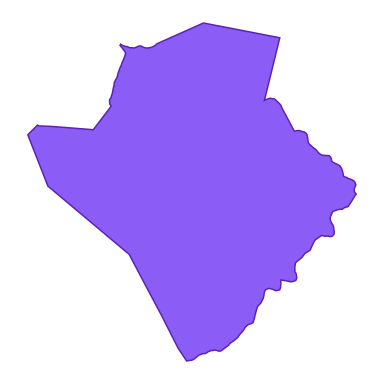 outline of San Juan Bautista Tlacoatzintepec, Oaxaca, Mexico
{"feature_id": "50627088B3977651749466", "entity_name": "San Juan Bautista Tlacoatzintepec", "entity_type": "district", "adm_level": 2, "iso_a3": "MEX", "parent_name": "Mexico", "parent_adm1": "Oaxaca", "projection": "natural_earth1", "projection_center": [-96.578, 17.87], "detail": "fine", "context": "isolated", "style": "filled", "palette": "violet", "viewbox_px": 384, "rotation_deg": 0, "n_neighbors": 0, "source": "geoboundaries", "source_scale": "gbopen_adm2", "svg_char_len": 2871}
<svg xmlns="http://www.w3.org/2000/svg" viewBox="0 0 384 384"><path d="M253.2,322.6L253.6,320.8L254.3,318.5L255.1,315.2L255.6,313.4L256.1,311.2L257.1,308.0L257.7,306.3L261.2,302.6L262.3,300.2L263.2,298.4L263.8,296.1L264.3,292.5L265.3,290.0L268.4,288.4L270.3,288.7L272.6,289.3L275.9,290.7L279.7,289.9L280.5,287.8L280.9,283.0L280.6,280.0L281.8,280.1L287.2,281.0L290.2,281.8L292.5,281.6L295.8,280.5L296.8,278.0L296.4,275.1L296.0,273.4L294.9,271.7L294.9,268.6L294.8,267.2L295.6,262.6L302.0,257.4L305.0,253.4L308.7,251.1L310.3,250.0L311.3,247.5L312.1,245.7L312.8,244.3L314.1,241.6L315.6,239.5L317.0,238.7L319.3,237.0L321.8,235.5L324.9,236.2L327.9,236.1L329.5,236.6L331.2,236.5L332.5,236.0L334.1,234.0L334.3,231.5L333.9,229.9L333.6,227.1L333.0,225.2L331.5,222.8L330.5,220.7L330.2,218.6L330.5,216.5L331.6,214.2L332.4,212.1L333.9,211.0L337.0,210.0L338.8,209.4L340.8,209.2L342.0,209.4L344.5,207.7L346.3,207.0L347.9,206.8L349.3,204.8L350.0,203.6L351.4,201.7L352.4,199.9L353.7,197.9L354.7,196.2L356.2,194.1L354.6,192.2L354.4,191.2L354.1,189.4L354.5,187.9L355.2,186.6L355.9,184.8L355.1,182.7L354.2,181.2L352.2,179.9L350.2,179.0L348.7,178.7L346.8,177.5L345.0,177.0L343.6,176.3L343.2,174.3L342.5,171.1L341.5,168.3L340.0,166.0L338.5,165.0L332.6,162.1L331.7,160.9L331.3,158.7L330.3,156.7L329.1,155.6L324.6,155.4L321.8,155.1L320.6,154.4L318.5,152.8L316.7,150.5L315.2,149.0L313.9,148.2L312.5,146.9L308.9,143.7L308.1,141.8L307.9,140.1L307.8,138.6L307.4,136.6L307.0,134.7L305.9,133.1L304.3,131.9L302.9,131.8L300.7,131.0L299.5,130.6L297.6,130.5L296.0,130.9L294.4,131.3L286.2,115.9L282.2,108.5L281.3,106.4L280.8,105.1L279.1,103.2L275.7,100.0L274.3,98.9L272.7,98.8L270.3,98.2L267.6,99.0L265.8,99.7L264.4,100.5L279.8,37.8L203.4,23.0L158.6,43.0L156.9,43.8L155.3,45.3L153.1,46.7L151.1,47.4L147.2,48.1L144.3,47.6L142.8,47.1L141.2,46.1L140.0,45.9L138.2,46.2L136.5,47.2L134.0,48.0L131.2,47.7L129.7,47.7L127.1,46.6L125.8,46.5L124.1,45.9L122.7,45.5L120.6,44.2L120.0,45.4L121.7,47.4L124.2,50.6L125.5,52.6L125.5,54.1L124.6,56.6L123.6,59.3L122.4,61.9L121.0,65.8L119.6,68.8L118.0,73.5L117.2,76.9L116.3,78.9L115.4,80.1L114.3,82.7L114.1,85.1L113.7,86.6L113.2,88.7L112.8,90.8L112.5,92.6L112.1,94.1L111.4,95.9L111.2,97.5L109.9,99.1L109.5,100.4L109.8,104.1L111.2,106.2L93.3,129.7L51.3,126.4L39.1,125.9L37.5,125.1L27.8,134.8L47.9,186.1L129.2,254.4L147.5,289.1L162.2,316.7L178.0,348.0L186.5,360.8L186.6,361.0L188.6,360.6L191.7,360.2L193.1,359.7L194.7,358.6L196.0,357.5L197.4,356.3L199.3,354.9L201.2,354.3L203.1,353.6L204.7,353.7L206.5,352.9L208.0,351.8L209.5,351.4L210.9,350.5L212.3,350.6L214.3,350.2L216.1,350.1L218.2,351.0L220.0,351.2L221.8,350.4L223.5,349.0L225.1,347.9L226.3,346.9L228.5,345.3L229.2,344.2L230.8,342.8L234.5,340.2L236.5,338.5L238.1,337.0L238.9,335.5L240.1,334.0L242.5,331.6L243.6,330.1L245.1,327.4L248.0,324.7L251.1,323.6L253.2,322.6Z" fill="#8b5cf6" stroke="#5b21b6" stroke-width="1.5"/></svg>